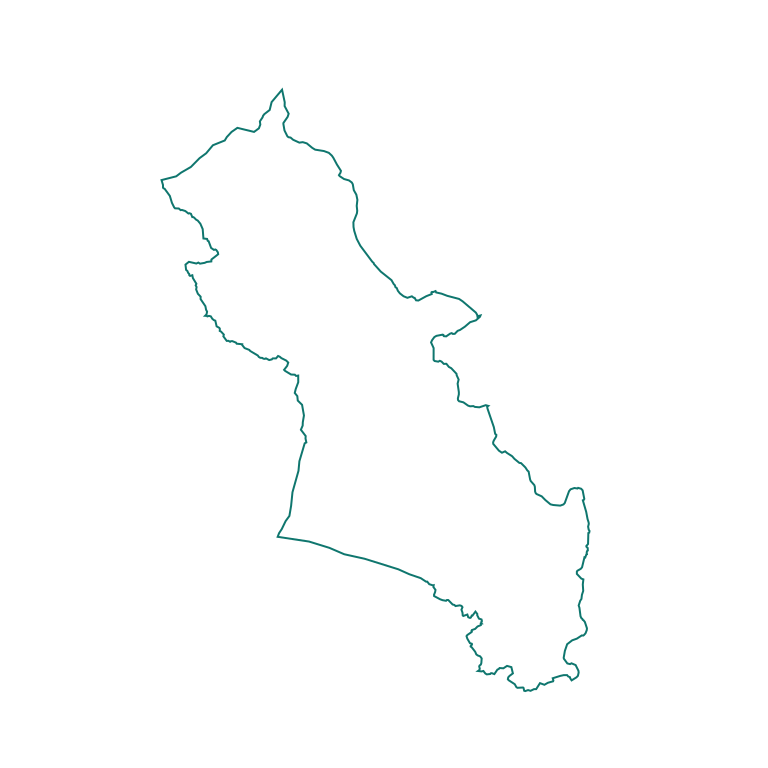 outline of South East Malekula, Malampa, Vanuatu, rotated 18°
{"feature_id": "77236927B5490091431503", "entity_name": "South East Malekula", "entity_type": "district", "adm_level": 2, "iso_a3": "VUT", "parent_name": "Vanuatu", "parent_adm1": "Malampa", "projection": "albers", "projection_center": [167.679, -16.314], "detail": "fine", "context": "isolated", "style": "outline", "palette": "teal", "viewbox_px": 768, "rotation_deg": 18, "n_neighbors": 0, "source": "geoboundaries", "source_scale": "gbopen_adm2", "svg_char_len": 6165}
<svg xmlns="http://www.w3.org/2000/svg" viewBox="0 0 768 768"><g transform="rotate(18 384 384)"><path d="M109.4,258.8L112.3,263.0L113.1,265.4L113.7,266.0L115.0,266.1L122.2,271.3L126.3,277.2L129.9,280.9L131.0,281.5L134.6,280.5L136.9,281.5L138.0,280.9L141.6,280.9L145.3,282.3L146.2,281.7L147.8,281.8L150.1,284.5L150.9,284.2L151.9,284.4L154.6,285.8L156.3,286.1L159.8,288.3L163.7,292.7L167.3,301.4L170.9,300.7L172.1,302.3L173.1,302.4L177.5,308.0L180.8,309.0L182.0,308.2L183.1,308.4L185.3,310.1L186.2,311.8L181.4,318.9L181.9,320.8L177.7,322.7L176.0,324.2L171.8,326.4L169.9,325.9L168.3,327.4L160.7,328.1L158.3,331.8L160.5,336.6L162.0,337.2L163.5,338.9L164.7,339.5L165.3,340.8L166.2,341.1L168.1,339.8L169.5,342.3L174.6,346.7L174.4,348.4L175.8,349.7L176.1,352.1L179.1,355.7L182.6,357.6L183.3,359.9L190.1,365.2L191.8,368.3L193.4,369.9L193.7,372.7L192.8,374.4L194.5,374.0L195.1,374.3L196.5,373.3L198.4,373.2L200.5,375.0L202.4,375.8L204.0,375.9L207.0,380.9L210.0,381.5L210.8,382.2L211.4,384.3L212.8,384.5L216.4,386.5L216.5,388.3L221.1,391.6L222.7,391.0L224.6,391.4L225.2,390.6L226.5,390.1L230.5,390.4L231.4,391.2L236.9,390.0L237.0,390.7L240.3,392.9L245.3,393.2L246.7,394.0L255.2,395.9L256.5,396.9L258.2,397.3L260.2,396.8L261.4,397.2L263.0,396.9L263.8,396.1L267.4,396.7L269.7,395.3L270.2,394.1L273.4,393.0L274.6,390.1L276.5,390.3L278.4,391.1L283.7,391.9L286.3,393.2L286.3,396.7L284.6,401.4L285.9,402.1L292.7,403.7L296.3,402.7L297.9,403.5L299.8,402.5L301.9,408.8L301.6,416.1L301.9,420.1L305.3,422.3L307.1,426.4L312.5,429.1L317.6,438.7L318.6,445.5L319.5,448.7L319.1,453.2L325.6,457.7L326.2,460.1L328.2,463.6L326.9,464.9L327.4,483.6L329.5,493.0L330.4,515.2L333.3,528.6L334.8,538.7L332.8,544.8L331.6,553.6L330.3,558.3L330.1,562.2L361.4,557.0L382.7,556.7L398.8,558.2L419.5,556.2L454.9,555.8L466.9,557.1L479.0,557.3L485.1,559.0L486.2,558.6L488.9,560.4L492.8,560.4L493.4,560.0L493.8,561.9L496.6,563.9L496.9,566.1L496.7,569.0L497.2,570.2L503.9,571.4L506.5,571.5L510.0,571.0L510.6,570.0L511.9,569.6L517.4,572.5L519.3,572.4L520.6,573.1L524.5,571.1L526.3,571.1L527.6,572.0L527.4,574.7L529.3,577.2L530.4,579.8L531.1,580.1L534.5,577.5L536.2,579.8L538.1,579.9L538.8,579.2L539.0,577.1L539.7,577.0L541.3,572.2L543.8,573.9L544.1,575.1L546.8,577.8L549.5,577.8L550.4,579.2L550.1,580.1L550.5,580.9L550.1,581.5L550.9,581.8L550.3,582.2L550.6,583.4L547.9,585.7L546.4,588.7L543.6,590.9L543.5,591.8L544.1,592.4L544.0,592.8L540.8,597.0L540.4,598.3L541.9,600.4L545.8,603.9L547.8,603.9L548.2,604.7L547.4,606.4L547.5,606.9L548.8,607.3L553.5,610.5L555.3,612.6L557.0,613.2L559.6,613.3L561.7,614.8L562.8,619.3L562.8,620.9L561.9,622.2L561.8,623.1L563.1,625.3L563.0,626.7L562.1,627.9L565.6,627.2L567.2,626.2L569.8,628.0L571.5,628.4L574.6,627.0L574.9,626.2L575.9,625.7L578.6,625.8L580.1,620.6L581.2,619.6L581.7,618.4L585.4,617.5L588.1,614.1L592.6,613.9L596.0,619.4L593.6,622.8L592.8,624.6L593.0,626.5L594.1,627.2L601.1,629.1L603.6,631.4L604.8,631.7L610.0,629.7L610.6,629.9L612.1,632.4L613.2,632.4L615.6,630.6L618.2,630.5L621.0,627.8L623.0,627.2L624.8,620.3L629.5,620.5L632.2,617.5L636.7,614.5L636.7,613.6L635.4,611.7L641.9,607.1L644.8,605.4L648.1,604.3L649.5,605.2L651.5,605.4L652.0,606.3L654.0,607.9L657.7,603.5L658.6,601.6L658.3,598.3L657.5,596.6L653.1,592.1L648.6,591.7L647.5,592.9L644.7,593.1L640.0,589.7L639.5,588.9L638.5,582.0L638.6,574.9L642.2,569.6L646.1,566.6L649.8,562.0L651.2,561.7L651.7,561.1L652.7,558.8L652.9,555.4L652.5,553.6L648.6,548.3L646.7,547.0L645.9,546.9L645.1,546.0L644.2,545.8L642.7,544.2L639.0,536.4L637.6,534.5L637.6,529.5L638.2,527.4L637.4,523.4L637.4,519.2L635.0,513.2L634.0,508.2L631.8,508.1L626.1,505.0L625.4,502.9L625.6,501.9L628.3,498.9L629.0,497.1L628.2,486.8L629.0,486.8L629.1,483.5L629.6,483.2L628.9,481.8L628.7,480.3L629.3,479.4L628.4,477.0L626.8,476.2L626.5,475.6L627.5,473.1L624.4,462.6L625.1,462.0L624.9,460.3L623.7,459.3L622.2,456.6L622.0,453.7L621.3,452.3L619.3,449.5L615.8,443.1L608.6,432.5L609.6,433.1L610.0,431.4L605.8,423.8L603.9,422.7L600.7,422.8L600.3,423.6L597.2,424.1L594.0,426.5L593.1,428.8L592.7,441.3L591.9,443.1L589.2,445.2L582.3,446.8L579.5,447.0L573.3,444.5L568.7,442.1L563.1,441.5L562.1,441.0L561.0,439.7L559.2,435.1L558.2,433.7L553.6,431.0L552.5,429.7L548.6,422.6L547.0,421.9L544.3,419.7L538.8,416.9L537.1,417.2L531.2,414.9L528.2,413.1L522.4,411.6L520.0,410.6L517.4,412.9L513.9,411.9L506.4,407.2L505.8,405.7L505.9,403.8L506.9,399.4L506.6,397.7L505.1,397.0L501.8,391.1L490.1,375.5L489.1,373.7L489.9,372.6L487.3,372.7L481.9,376.7L477.5,377.7L475.8,377.4L472.8,378.6L470.7,378.6L465.2,376.9L460.7,377.2L459.3,376.3L458.7,374.8L458.4,370.8L457.7,368.6L453.9,360.9L453.6,356.7L450.4,353.2L449.8,351.9L443.1,348.2L440.4,347.7L437.1,345.5L434.6,346.4L431.8,344.9L429.9,344.7L428.7,346.0L425.0,346.5L423.7,345.7L420.1,334.5L415.9,329.9L416.2,327.4L417.4,323.8L419.0,322.0L424.6,318.9L425.3,319.0L425.4,319.5L426.2,320.0L428.4,319.5L431.4,315.6L432.7,314.7L434.0,315.1L435.8,314.4L437.6,310.7L439.6,309.1L443.2,304.5L446.8,298.6L451.7,295.1L454.5,290.4L454.6,289.0L453.1,290.0L453.6,290.7L452.3,291.4L451.2,289.4L449.3,287.7L433.3,281.1L429.1,279.9L416.9,280.6L410.9,280.3L405.3,280.8L404.3,279.7L402.4,281.3L401.2,281.6L400.8,282.2L401.6,283.7L397.1,287.4L390.9,294.0L388.6,294.5L386.5,292.6L385.7,292.8L383.4,292.0L379.6,294.8L375.5,294.5L371.1,292.9L368.3,291.0L366.5,288.8L365.0,288.4L363.8,286.7L362.4,286.0L359.0,282.9L346.2,278.1L337.4,273.0L336.9,272.2L335.0,271.3L318.7,259.8L313.2,254.4L308.4,247.6L306.5,244.1L304.9,239.6L305.5,230.1L305.0,227.5L303.0,223.0L301.8,217.1L299.2,212.5L295.4,209.0L292.6,203.7L291.1,202.3L287.8,201.2L282.6,201.4L277.6,200.0L276.6,199.3L277.3,196.6L277.2,194.6L271.4,189.8L265.9,184.5L263.8,182.9L260.1,181.2L254.9,181.0L246.1,182.4L242.8,181.6L236.2,179.0L232.0,179.1L228.9,180.6L222.1,179.8L219.0,178.5L216.9,178.8L215.6,178.3L211.0,173.6L207.9,167.7L207.7,166.8L209.8,159.7L209.8,156.4L203.6,150.4L202.5,146.7L196.1,135.6L190.0,150.6L190.6,158.7L186.8,164.3L186.1,166.3L186.1,167.9L184.8,172.6L186.2,175.5L186.0,179.5L182.5,184.4L165.4,185.7L161.1,191.4L158.2,197.7L157.3,201.6L147.5,209.8L143.6,219.5L138.8,226.2L133.3,237.2L125.6,245.8L122.2,250.7L109.4,258.8Z" fill="none" stroke="#0f766e" stroke-width="2"/></g></svg>